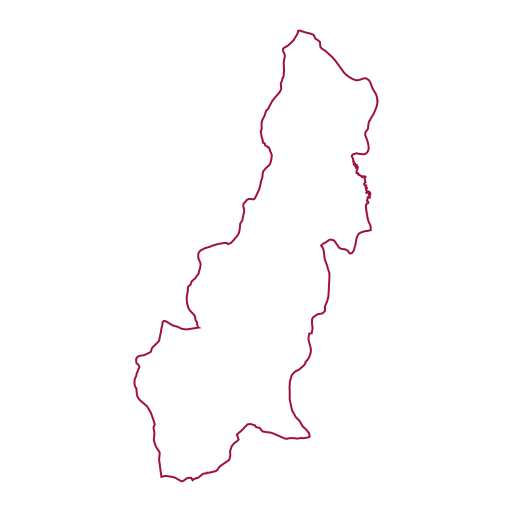 the district of Sekadau, Kalimantan Barat, Indonesia
{"feature_id": "22746128B16160803458764", "entity_name": "Sekadau", "entity_type": "district", "adm_level": 2, "iso_a3": "IDN", "parent_name": "Indonesia", "parent_adm1": "Kalimantan Barat", "projection": "orthographic", "projection_center": [111.051, 0.054], "detail": "fine", "context": "isolated", "style": "outline", "palette": "rose", "viewbox_px": 512, "rotation_deg": 0, "n_neighbors": 0, "source": "geoboundaries", "source_scale": "gbopen_adm2", "svg_char_len": 6055}
<svg xmlns="http://www.w3.org/2000/svg" viewBox="0 0 512 512"><path d="M309.7,436.2L308.9,433.0L306.0,429.4L302.6,426.3L299.4,420.7L295.9,417.3L292.0,410.3L289.7,399.1L289.7,389.7L289.5,387.6L290.0,381.1L291.7,375.4L292.6,374.1L294.6,372.0L296.8,370.6L298.7,369.9L303.6,365.7L305.3,363.6L305.6,361.7L306.6,361.0L308.4,358.5L309.3,356.9L310.5,353.4L310.8,351.4L310.9,349.4L310.5,347.2L308.6,340.1L308.5,337.9L309.2,333.7L311.7,333.2L312.6,328.1L312.0,323.5L312.1,319.2L312.9,317.5L317.2,314.4L322.7,313.3L325.1,310.7L324.9,306.3L327.2,301.1L328.4,296.6L329.4,278.0L329.4,273.1L327.8,268.4L327.4,266.5L324.7,258.9L323.8,251.6L323.3,249.0L322.8,247.9L321.1,245.5L323.5,243.5L326.1,242.2L329.0,240.0L330.7,239.5L331.9,239.9L332.9,240.0L333.8,240.4L334.2,241.0L334.7,241.2L339.1,247.7L340.5,248.5L342.4,249.0L344.6,249.2L346.7,250.0L348.3,251.3L348.9,252.5L349.6,253.3L350.4,253.5L350.9,253.4L352.0,253.0L352.4,252.6L353.3,251.3L354.1,249.6L355.4,244.7L356.7,237.8L357.6,235.7L358.8,233.8L359.5,233.2L362.2,232.0L365.4,231.1L367.5,230.9L370.7,230.2L370.7,227.2L370.1,224.7L368.7,222.1L368.4,220.5L367.8,219.6L367.8,217.8L367.3,217.2L367.2,214.5L366.7,213.4L366.7,212.1L366.2,209.8L365.9,206.6L365.9,205.3L366.2,205.1L366.5,203.9L367.2,203.3L368.2,203.1L368.4,202.7L368.1,201.7L367.0,200.8L366.9,200.6L367.5,198.9L367.8,197.3L369.5,197.8L370.0,197.4L369.9,197.0L369.3,196.9L369.2,196.3L370.3,194.5L370.2,193.0L369.5,192.0L369.2,191.8L368.8,191.9L368.8,192.5L369.1,192.8L369.3,193.5L369.1,194.3L368.8,194.5L368.1,192.3L368.2,191.4L367.8,191.3L366.5,192.8L366.2,192.6L366.2,192.4L366.8,191.7L366.8,191.4L365.8,188.6L365.8,187.9L366.8,188.2L366.9,187.8L365.4,186.2L365.5,185.9L366.1,185.8L366.2,185.5L365.2,185.3L364.2,184.6L364.1,184.3L364.2,183.5L365.5,182.3L365.1,181.5L365.1,180.2L364.6,179.2L364.6,178.7L364.7,177.9L365.5,177.3L365.6,176.9L364.8,176.4L363.4,176.4L363.1,176.5L362.9,176.9L362.2,177.2L361.7,176.0L360.6,175.9L359.4,174.9L358.4,174.7L358.2,174.2L358.4,173.5L358.2,173.3L356.6,173.1L356.4,172.0L357.9,167.1L357.6,166.8L356.0,167.5L356.0,166.5L356.1,166.0L356.6,165.6L356.6,165.0L356.2,165.1L355.8,165.9L355.2,166.0L355.2,164.7L353.8,164.5L353.8,163.9L354.7,163.7L354.9,163.4L353.2,161.7L353.6,161.3L353.6,160.8L353.2,160.1L353.2,159.3L351.8,156.2L352.0,155.5L352.8,154.5L356.1,153.4L356.7,153.3L358.8,153.8L363.6,154.3L365.6,153.8L367.2,152.4L368.3,150.5L368.7,147.9L368.4,145.0L367.4,140.8L365.2,135.1L365.2,133.3L365.9,131.5L367.5,129.6L368.1,128.3L368.4,124.2L369.4,120.7L369.9,120.4L370.8,118.3L372.9,115.1L374.2,112.6L376.3,107.5L376.9,105.4L377.6,101.5L377.5,100.8L377.3,100.9L377.2,100.6L377.2,99.3L377.0,97.5L376.1,94.4L372.5,88.3L370.3,82.4L369.0,80.3L366.7,78.7L365.1,78.2L363.1,78.6L360.1,79.7L358.1,80.2L356.1,80.3L352.8,79.1L348.7,76.7L346.0,74.6L344.0,72.6L335.2,60.5L331.7,56.6L325.6,51.1L321.5,48.3L320.9,47.6L320.4,46.9L320.3,46.0L319.9,42.0L318.4,40.6L315.1,38.4L314.3,36.1L313.4,34.8L310.7,33.7L304.6,32.2L302.7,31.4L302.4,31.5L300.3,30.7L299.0,30.7L298.1,30.8L298.2,31.6L297.0,34.5L293.8,39.9L290.9,42.9L288.7,45.0L286.5,46.5L283.9,47.9L283.2,48.8L282.9,49.9L283.6,52.4L284.6,54.2L284.9,56.4L284.0,60.2L283.7,63.4L284.1,70.7L283.7,73.8L283.8,75.1L283.2,77.4L282.4,78.5L281.9,81.0L280.8,83.2L281.2,88.9L280.5,90.5L279.3,92.6L274.2,98.5L272.1,101.3L269.3,106.5L268.2,108.9L266.3,110.5L265.1,113.8L264.6,115.6L262.3,120.1L261.7,122.1L261.5,126.2L261.8,128.3L261.5,129.7L260.9,130.7L260.8,131.9L261.8,137.7L262.4,138.8L262.4,139.8L262.9,140.6L262.8,141.2L262.8,142.2L263.4,143.0L264.6,143.3L264.9,143.7L264.9,144.7L265.2,145.4L266.7,146.1L267.7,147.2L268.6,147.3L269.6,148.9L270.0,150.7L271.6,154.4L271.8,155.5L271.3,159.6L270.1,164.0L269.2,165.1L265.5,168.5L263.2,171.4L262.9,172.2L262.4,177.1L261.4,180.1L259.3,189.1L254.9,198.4L254.0,199.2L252.7,199.4L251.3,199.0L248.7,198.9L246.4,200.3L245.5,201.7L243.9,203.2L243.5,204.0L243.2,206.0L244.1,209.5L244.1,212.5L243.5,214.1L242.8,218.3L242.0,221.0L240.3,223.4L239.6,229.7L238.9,233.0L237.2,236.0L235.4,237.9L233.2,240.6L230.8,243.0L228.1,244.1L226.6,242.9L224.6,243.0L218.8,243.8L211.9,245.8L210.0,246.7L204.7,248.3L201.1,250.2L200.0,251.1L199.1,252.0L198.4,253.6L198.2,255.6L198.5,258.8L200.2,262.4L200.6,264.3L200.4,266.5L199.7,269.3L199.0,271.5L198.6,273.6L196.4,276.5L195.4,278.1L192.0,281.1L191.5,281.7L190.6,284.5L188.3,286.5L188.0,287.4L187.8,290.9L186.8,296.5L186.7,299.4L187.2,303.9L188.7,308.7L190.1,310.7L194.7,315.6L195.0,316.4L195.5,319.8L196.1,321.1L197.0,322.2L197.2,324.9L198.1,327.4L198.5,327.6L187.4,329.3L184.9,329.3L182.6,329.0L180.8,328.4L177.8,326.8L174.2,325.9L172.0,325.0L168.1,322.6L165.9,321.4L164.4,320.9L163.6,321.1L163.1,321.6L162.5,323.0L162.2,325.6L161.5,328.1L160.9,332.1L159.4,338.9L159.2,340.6L156.5,343.6L152.5,347.3L151.5,349.3L151.0,351.6L149.4,352.7L144.0,355.2L139.7,355.8L137.8,356.7L136.2,358.5L136.2,360.9L136.5,363.2L138.3,364.8L139.3,366.3L139.4,367.4L138.3,369.3L137.5,371.8L136.7,373.3L136.3,375.8L134.8,378.8L134.4,382.6L134.9,386.1L136.4,388.7L136.8,393.4L136.7,393.9L137.3,396.1L138.2,398.1L139.9,400.1L147.1,406.4L147.8,407.6L150.7,412.4L153.3,419.5L154.8,424.4L153.6,427.2L153.7,429.3L154.2,431.4L154.4,433.6L153.8,440.1L155.2,444.8L156.5,447.6L159.2,451.6L159.7,453.0L159.1,459.7L161.4,476.8L165.4,475.9L172.3,476.9L174.9,477.6L181.5,481.3L183.2,481.0L187.1,478.1L188.8,477.8L191.3,477.9L192.6,480.2L194.0,478.9L194.8,478.9L195.8,478.4L196.0,478.1L198.1,477.8L202.9,473.9L203.5,473.6L206.5,473.4L206.9,472.7L209.2,472.7L214.8,471.4L216.2,470.9L217.9,469.2L219.1,467.1L220.9,465.6L229.2,459.9L230.3,455.8L230.1,451.2L231.5,446.6L232.5,445.2L234.6,442.9L236.5,441.7L238.6,439.6L237.7,436.7L236.9,435.2L236.9,434.5L241.6,430.5L244.0,428.1L244.8,426.8L246.0,426.0L247.6,424.3L248.7,424.3L250.1,423.9L254.8,425.3L255.2,426.2L256.2,427.1L259.4,427.9L260.3,428.6L261.0,429.8L262.6,431.3L263.1,431.6L268.5,432.4L269.1,432.3L271.3,432.8L274.0,433.8L284.0,438.2L286.4,438.9L288.2,438.4L290.3,438.1L295.4,438.3L297.2,438.6L302.0,437.9L303.1,438.3L308.2,437.4L309.6,436.8L309.7,436.2Z" fill="none" stroke="#9f1239" stroke-width="2"/></svg>